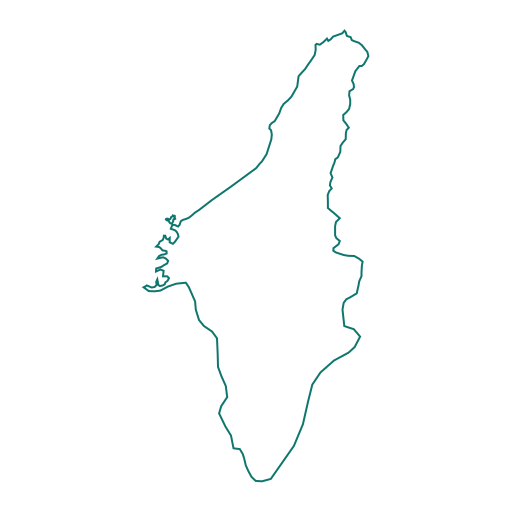 Kota Belud, Sabah, Malaysia
{"feature_id": "92858781B56547277278247", "entity_name": "Kota Belud", "entity_type": "district", "adm_level": 2, "iso_a3": "MYS", "parent_name": "Malaysia", "parent_adm1": "Sabah", "projection": "robinson", "projection_center": [116.462, 6.343], "detail": "fine", "context": "isolated", "style": "outline", "palette": "teal", "viewbox_px": 512, "rotation_deg": 0, "n_neighbors": 0, "source": "geoboundaries", "source_scale": "gbopen_adm2", "svg_char_len": 3290}
<svg xmlns="http://www.w3.org/2000/svg" viewBox="0 0 512 512"><path d="M270.8,478.9L293.9,445.9L302.9,424.3L308.1,401.4L312.3,384.6L320.5,372.4L334.0,360.5L348.6,352.6L354.7,347.0L360.1,336.6L353.8,329.2L344.3,326.1L342.5,309.6L343.7,302.8L346.4,299.2L350.0,297.4L356.7,293.4L358.5,285.5L359.2,281.4L361.5,276.1L361.5,272.3L361.9,265.4L362.6,261.6L359.2,258.8L354.3,256.0L348.2,255.8L343.7,255.0L336.0,252.5L333.3,250.7L333.5,248.1L338.5,244.3L339.8,241.0L336.4,238.2L335.1,235.4L335.1,226.0L336.0,222.0L339.8,218.2L334.0,213.1L330.8,210.5L327.9,208.0L327.9,201.9L327.7,195.0L329.2,191.2L331.7,188.4L329.9,185.4L330.4,182.1L332.4,177.5L330.6,173.2L333.1,165.8L334.4,162.8L335.3,159.2L337.8,157.4L340.3,151.9L340.5,146.0L342.7,142.7L345.7,139.2L345.9,132.8L346.6,130.0L348.8,127.7L346.1,123.7L343.4,120.4L343.2,115.0L346.6,112.0L349.1,108.9L350.2,104.1L350.2,99.5L349.1,95.5L349.5,91.2L353.1,89.1L354.0,87.1L353.6,84.0L352.0,80.5L355.4,71.1L359.4,66.0L361.7,66.0L363.9,64.2L366.4,59.9L368.4,56.1L367.3,51.8L365.5,49.8L361.9,45.2L358.7,42.7L354.0,41.1L351.8,40.1L350.6,37.1L348.8,36.6L346.8,35.8L345.7,32.2L344.5,30.7L342.3,33.3L333.1,36.6L330.6,39.4L328.3,40.9L327.0,38.6L323.4,42.1L319.8,44.7L316.6,43.9L315.5,44.9L315.7,49.8L314.6,55.1L311.2,60.2L308.0,64.7L304.9,69.3L301.5,72.9L298.6,76.2L297.2,86.6L291.4,96.7L288.0,100.3L283.7,103.9L281.2,107.9L279.2,113.5L274.7,121.1L271.6,123.2L269.8,125.2L269.3,128.5L271.1,130.3L271.8,134.6L271.3,139.4L266.6,154.1L261.9,161.5L259.6,163.8L256.2,168.1L230.6,186.9L212.1,199.9L199.0,210.0L195.0,212.6L191.6,215.6L188.9,217.7L186.2,218.9L182.8,219.9L180.8,221.2L179.6,224.8L178.1,226.5L174.9,225.0L172.4,224.8L170.8,228.8L174.7,230.1L176.5,231.6L177.8,233.9L178.5,236.7L174.9,241.8L172.9,243.8L169.7,242.3L169.7,238.0L168.1,239.5L166.3,238.7L165.2,235.7L163.9,235.7L163.6,238.0L162.7,240.0L159.6,241.8L158.7,244.1L156.2,246.6L159.4,247.1L160.9,248.4L162.5,250.4L164.8,250.7L166.6,251.4L166.6,253.5L163.9,254.5L161.8,254.7L159.1,256.0L157.3,258.6L160.5,257.8L163.2,257.3L165.9,258.6L168.1,260.8L167.2,263.4L163.6,265.4L161.4,266.9L156.2,268.5L156.0,271.5L160.5,269.5L163.6,270.8L163.4,273.0L163.0,276.3L167.2,276.3L169.0,278.1L167.5,280.9L165.4,282.4L164.8,284.2L162.7,285.5L159.8,286.0L158.4,285.0L157.8,281.9L157.3,279.4L156.2,281.9L156.6,285.0L154.6,287.0L151.7,287.5L146.8,285.4L146.1,286.0L143.6,287.3L148.8,291.1L154.8,291.3L160.3,290.6L168.1,286.5L176.2,283.7L185.8,282.7L188.8,287.1L195.1,301.4L195.8,309.7L199.0,320.0L203.9,326.0L212.0,331.5L217.0,338.3L217.7,354.6L218.0,366.9L221.5,376.4L225.8,386.0L227.2,397.1L221.2,406.2L219.1,413.4L225.4,426.5L231.0,435.6L233.5,448.3L239.8,449.1L242.7,453.9L244.1,458.2L245.8,465.4L248.3,471.0L251.5,476.9L255.7,480.9L262.0,481.3L270.8,478.9ZM173.4,215.7L172.9,215.5L172.8,216.3L172.3,216.4L171.5,216.8L171.1,217.1L170.8,218.1L170.5,218.7L170.2,219.1L169.6,219.3L169.2,219.3L168.6,219.1L167.8,218.7L166.8,218.7L166.1,218.9L165.9,219.3L166.2,219.8L166.5,220.1L167.1,220.4L168.1,220.7L168.8,221.0L169.1,221.4L169.3,222.2L169.9,222.9L170.5,223.4L171.3,223.5L172.0,223.2L172.6,222.4L172.9,221.7L173.2,221.0L173.3,220.0L173.5,219.3L174.4,219.2L175.2,218.8L174.9,218.1L174.5,217.7L174.8,217.0L174.8,216.3L174.7,215.8L174.2,215.7L173.7,215.9L173.4,215.7Z" fill="none" stroke="#0f766e" stroke-width="2"/></svg>